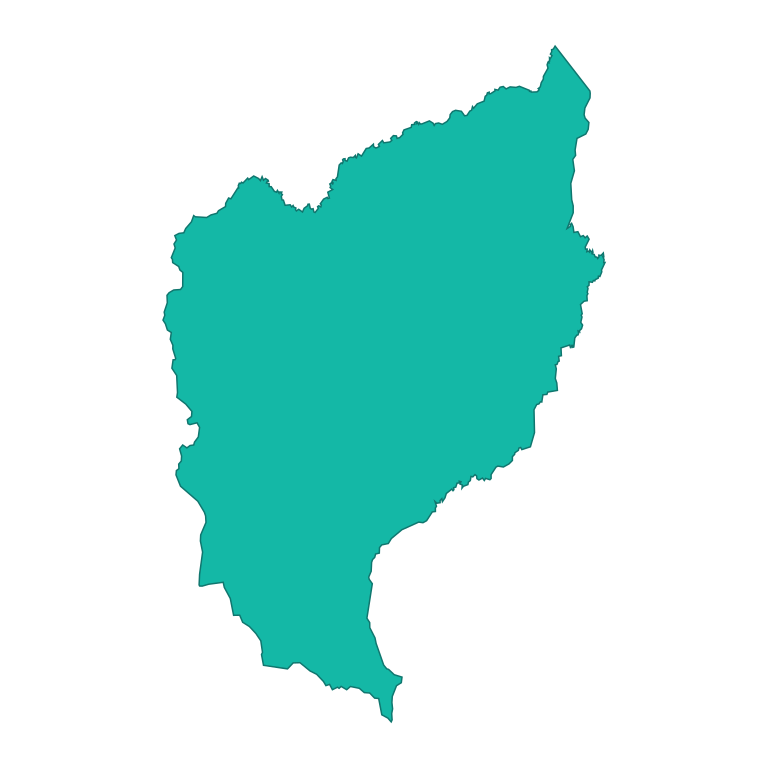 the district of Rattaphum, Songkhla, Thailand
{"feature_id": "78962969B64238633533340", "entity_name": "Rattaphum", "entity_type": "district", "adm_level": 2, "iso_a3": "THA", "parent_name": "Thailand", "parent_adm1": "Songkhla", "projection": "equal_earth", "projection_center": [100.221, 7.064], "detail": "fine", "context": "isolated", "style": "filled", "palette": "teal", "viewbox_px": 768, "rotation_deg": 0, "n_neighbors": 0, "source": "geoboundaries", "source_scale": "gbopen_adm2", "svg_char_len": 6088}
<svg xmlns="http://www.w3.org/2000/svg" viewBox="0 0 768 768"><path d="M577.9,335.0L578.6,333.4L578.2,331.1L579.6,331.9L579.4,330.8L581.5,328.8L582.6,325.1L580.8,322.4L582.0,317.0L581.2,315.2L582.2,313.8L580.5,304.5L584.1,301.2L587.2,300.7L586.9,295.5L587.9,293.7L587.2,292.4L588.0,288.5L587.3,286.7L589.0,285.4L589.1,281.8L592.4,282.3L593.4,280.5L594.8,280.9L595.3,279.6L598.2,278.2L598.4,276.2L599.9,276.5L601.8,271.8L601.5,270.0L605.0,262.5L603.7,262.6L604.1,259.7L602.8,256.4L603.8,256.6L603.3,253.0L601.1,255.4L598.8,255.2L599.0,256.8L597.7,258.5L596.9,257.1L595.2,256.9L594.2,254.5L592.0,253.7L593.0,252.4L592.6,250.6L592.0,252.5L589.8,249.9L589.5,252.1L588.3,251.1L586.8,251.7L587.2,249.1L585.5,249.1L585.2,247.1L589.1,239.2L587.2,236.0L585.1,237.8L583.3,235.6L580.5,236.7L577.9,231.7L573.9,232.4L573.1,226.7L571.6,223.3L570.3,224.5L570.4,226.4L567.1,228.5L573.2,212.8L573.2,205.9L571.7,199.7L570.8,183.4L574.4,170.8L572.8,159.4L575.6,155.4L575.1,150.0L577.0,138.4L585.8,134.0L588.2,129.3L588.9,122.5L585.1,118.1L584.1,114.7L584.9,108.0L590.0,97.9L590.2,93.3L589.9,91.0L555.1,46.1L553.3,49.1L551.6,49.7L551.7,51.9L550.4,54.1L552.0,55.6L550.3,58.6L549.5,57.8L549.6,61.0L548.4,61.5L549.0,62.8L547.8,62.7L547.1,64.8L548.0,68.1L543.4,76.4L543.3,79.2L541.2,82.8L540.3,86.8L538.3,88.6L539.1,88.9L538.6,90.5L536.9,91.9L531.2,92.1L530.9,91.0L529.5,91.3L529.3,90.3L519.4,86.3L516.1,87.4L510.1,86.9L506.1,88.9L503.3,86.5L500.1,87.2L498.1,90.1L494.9,89.4L495.0,90.9L490.6,93.7L489.2,93.8L489.2,92.2L487.4,92.8L486.7,95.2L485.2,96.3L484.1,101.1L477.3,103.8L473.6,108.2L472.5,106.6L471.6,110.2L469.8,111.1L467.0,115.4L464.6,115.8L461.4,111.3L455.6,110.3L452.5,111.6L450.2,114.5L449.8,117.8L447.0,121.5L442.3,124.3L438.6,123.0L435.4,123.6L434.2,125.4L433.1,123.2L429.4,120.9L421.9,123.9L420.4,124.0L419.3,122.7L418.7,124.3L418.1,123.2L416.7,123.7L417.3,122.0L416.3,121.6L414.5,123.0L414.5,124.4L411.7,124.7L411.2,127.4L404.0,129.9L402.6,132.8L403.0,134.3L399.7,137.6L397.1,138.4L396.4,135.9L393.4,135.6L390.7,138.4L391.8,140.4L389.9,142.0L383.8,142.8L382.4,140.5L378.4,144.4L379.4,146.4L377.1,147.6L375.8,148.0L373.6,146.6L373.4,144.2L369.1,148.0L366.2,148.5L361.5,156.1L358.1,153.8L356.4,157.9L355.4,157.3L355.3,155.5L353.3,157.5L350.4,157.2L348.6,157.9L347.0,161.2L345.1,160.4L345.0,158.7L343.4,158.9L342.6,159.8L343.2,161.4L342.4,163.5L341.2,162.9L339.2,165.0L337.4,177.0L336.0,178.6L336.1,180.4L333.0,179.6L332.0,181.4L333.1,182.9L332.7,184.0L331.4,182.8L329.8,184.0L330.7,186.1L330.1,187.6L332.7,189.5L327.8,192.2L329.4,198.1L327.9,198.5L327.2,197.3L323.6,199.1L320.3,203.8L321.3,204.9L320.8,206.9L318.8,205.8L317.6,206.6L318.3,208.4L315.1,212.5L313.9,212.0L313.1,208.7L311.6,209.2L310.2,208.2L309.3,204.1L308.0,204.2L307.5,205.8L304.1,208.3L302.5,212.0L298.7,209.3L296.4,210.9L295.5,209.7L295.9,208.0L293.8,207.1L293.1,205.5L291.7,207.0L290.2,204.8L285.1,205.3L283.4,200.1L282.0,199.9L281.3,196.3L282.4,194.6L281.2,193.5L281.8,192.1L279.3,192.0L279.0,193.1L277.4,190.4L276.5,192.2L274.4,191.4L271.2,186.7L269.2,186.6L269.1,183.6L266.4,183.0L267.2,181.3L268.4,181.2L268.2,180.3L265.5,178.5L263.5,180.2L262.1,176.7L260.4,180.6L258.6,178.5L253.7,176.0L248.7,179.6L247.7,178.1L243.0,183.0L241.5,182.2L240.6,183.5L239.3,183.2L238.3,185.5L238.6,188.0L237.8,188.0L230.9,198.8L228.6,198.0L225.7,203.3L225.5,206.6L218.5,210.7L216.9,213.3L211.0,214.9L206.7,217.5L195.3,216.8L193.7,215.6L191.4,221.9L185.7,228.5L183.8,232.8L179.0,233.4L174.8,235.6L176.5,240.0L174.0,244.0L175.2,248.0L171.3,257.7L172.4,259.3L172.7,262.6L178.7,266.5L179.9,270.0L182.8,272.4L182.7,286.6L180.5,289.5L173.7,290.0L169.2,292.6L167.0,295.3L167.3,302.8L164.2,312.1L164.8,315.3L163.0,320.1L165.4,323.8L167.4,330.0L171.3,332.5L170.3,339.3L172.9,345.3L172.8,348.9L175.7,358.4L175.1,359.7L173.1,359.8L171.9,368.2L176.7,375.5L177.5,392.6L176.8,397.2L185.8,404.1L191.9,411.4L191.5,416.5L187.3,419.7L188.0,423.7L189.9,424.6L197.0,422.8L199.6,427.4L198.3,437.0L194.5,442.1L193.7,445.0L190.1,445.5L186.9,447.9L182.7,445.0L179.6,448.8L181.6,456.0L181.3,461.0L178.7,464.1L178.9,468.7L176.4,470.6L176.0,474.9L180.5,486.2L197.8,501.2L204.3,512.1L205.6,515.9L206.0,522.4L200.7,534.9L200.4,541.0L202.6,552.1L199.6,574.2L199.1,584.9L199.6,586.0L202.2,586.1L208.8,584.2L223.2,582.3L224.3,587.4L230.3,598.5L233.6,615.3L239.7,615.2L242.7,622.3L249.4,626.5L255.9,633.5L260.8,640.8L262.5,652.4L261.5,654.5L263.5,665.3L287.5,668.9L293.2,662.9L300.0,662.7L310.1,671.0L316.7,674.3L323.5,681.5L325.9,685.6L329.6,684.4L332.4,689.7L337.5,687.2L339.1,688.3L341.1,686.4L346.7,689.7L350.4,686.5L359.3,688.3L364.3,692.6L369.7,693.0L374.6,698.1L378.7,698.5L381.8,714.8L387.9,718.1L391.2,721.9L392.1,719.9L391.7,713.5L392.6,708.9L391.9,702.6L392.3,696.4L396.5,685.7L401.3,682.7L402.0,677.1L394.2,674.7L388.6,669.4L386.7,668.8L383.7,665.1L376.1,643.4L375.0,637.9L369.8,627.7L369.7,622.6L366.9,618.2L372.3,583.7L369.2,579.3L368.7,577.1L371.2,571.2L371.6,562.4L372.6,559.5L374.7,557.4L375.6,554.0L379.3,553.1L379.5,547.6L381.7,544.9L388.3,543.5L391.4,538.5L401.9,529.7L418.7,522.1L423.0,522.7L426.6,520.7L432.3,511.9L435.4,511.5L435.4,507.9L436.5,506.3L435.0,501.5L436.9,503.2L440.1,502.7L440.1,500.5L441.8,498.7L442.4,501.7L445.0,497.8L446.3,493.5L451.8,489.1L453.0,490.7L453.9,489.7L453.6,487.7L455.8,487.1L457.0,483.2L459.4,482.9L459.2,481.2L461.0,481.7L460.0,484.0L462.3,485.0L462.0,488.1L463.4,486.3L467.9,484.6L468.4,482.1L470.3,480.6L471.0,476.4L472.8,476.9L475.0,474.6L476.6,475.9L476.9,478.6L478.9,480.0L482.5,478.1L484.3,480.5L485.6,478.4L489.9,479.7L491.1,478.5L491.1,474.6L496.0,467.1L497.9,466.1L503.4,467.0L509.0,463.9L512.4,460.5L512.4,456.7L514.6,454.4L514.9,452.7L518.4,450.3L518.9,448.1L520.7,447.5L521.8,449.6L530.4,446.8L534.5,432.6L534.0,409.7L536.7,404.5L538.9,403.9L540.4,401.8L541.8,402.0L542.9,394.8L546.9,394.4L547.7,392.1L557.4,390.4L556.8,383.0L555.3,378.5L556.3,368.9L555.3,364.8L557.0,364.4L558.1,361.5L559.2,361.1L558.6,356.3L561.4,355.7L561.0,347.9L569.7,345.0L570.4,347.3L571.6,345.8L571.9,346.9L572.6,345.9L572.9,347.3L573.8,347.0L574.8,338.0L576.8,335.1L577.9,335.0Z" fill="#14b8a6" stroke="#0f766e" stroke-width="1.5"/></svg>